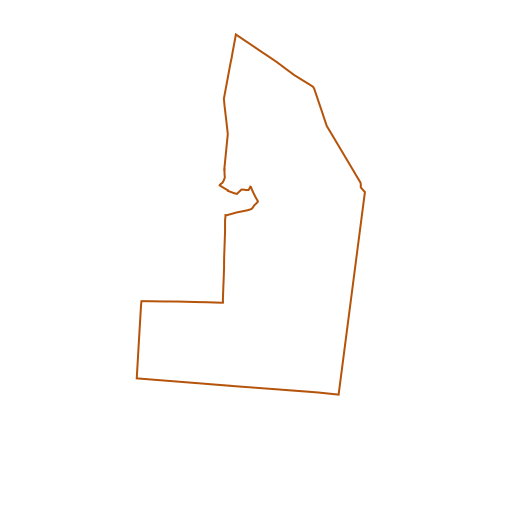 Abu Kamal, Dayr Az Zawr, Syria (Albers equal-area conic projection), rotated 307°
{"feature_id": "27442178B22276011833046", "entity_name": "Abu Kamal", "entity_type": "district", "adm_level": 2, "iso_a3": "SYR", "parent_name": "Syria", "parent_adm1": "Dayr Az Zawr", "projection": "albers", "projection_center": [40.768, 34.588], "detail": "fine", "context": "isolated", "style": "outline", "palette": "amber", "viewbox_px": 512, "rotation_deg": 307, "n_neighbors": 0, "source": "geoboundaries", "source_scale": "gbopen_adm2", "svg_char_len": 1881}
<svg xmlns="http://www.w3.org/2000/svg" viewBox="0 0 512 512"><g transform="rotate(307 256 256)"><path d="M195.0,405.4L369.1,306.5L370.2,305.9L372.6,304.5L373.7,298.9L373.8,298.7L374.0,298.4L374.2,298.0L374.9,297.6L376.1,296.8L376.4,296.4L377.5,295.3L380.8,287.1L381.2,286.2L381.7,285.0L395.4,251.5L397.5,246.4L398.4,244.2L398.6,243.7L402.4,234.3L408.7,225.1L412.1,220.2L412.4,219.7L424.7,201.7L425.1,200.7L425.5,199.5L425.0,193.7L424.4,187.6L424.0,183.1L423.5,177.9L423.4,166.6L423.4,159.4L423.4,155.6L423.2,152.6L423.2,151.4L422.4,137.7L421.6,121.6L421.2,115.2L421.2,114.5L421.1,112.3L421.1,111.9L421.0,110.7L420.8,106.6L413.9,110.1L405.2,114.4L400.7,116.7L400.4,116.9L400.1,117.0L399.6,117.3L399.4,117.4L396.5,118.7L390.4,121.7L368.9,132.4L362.1,135.8L361.2,136.7L357.1,140.4L345.2,151.8L336.4,160.1L308.8,176.9L306.0,178.6L306.2,178.8L305.1,179.5L302.0,182.0L300.0,183.8L299.8,183.9L299.2,184.1L298.6,184.3L297.6,184.6L296.7,184.8L294.3,185.1L293.2,184.8L292.5,184.6L292.2,184.5L291.0,184.3L290.5,184.5L291.5,194.1L291.1,194.3L291.9,197.1L293.0,200.6L293.3,201.4L294.0,203.1L294.1,203.4L295.5,203.6L296.8,203.8L299.0,204.2L300.3,204.4L301.1,205.5L301.6,206.2L302.7,208.4L304.2,210.3L306.0,210.2L306.3,210.1L307.4,209.9L307.9,209.8L307.9,210.2L308.0,210.6L307.7,211.0L307.1,211.9L306.5,212.9L304.2,217.2L302.5,220.7L300.9,224.5L300.7,224.5L300.3,224.8L298.8,224.7L297.0,224.4L295.3,224.1L292.9,224.3L292.2,224.3L290.6,224.0L287.2,221.5L281.9,216.8L279.1,214.3L271.1,208.2L270.3,207.0L269.4,207.7L265.9,209.8L256.7,216.7L235.3,231.7L229.2,236.2L228.7,236.6L228.2,237.0L217.2,244.7L212.4,248.0L201.4,255.7L198.9,257.7L197.8,256.4L188.6,243.3L185.2,238.7L178.3,229.0L172.4,220.7L164.1,209.6L154.0,195.7L151.7,192.7L150.9,191.7L148.9,193.0L148.3,193.3L128.1,206.7L105.4,221.8L86.5,234.4L139.2,317.3L184.3,387.6L195.0,405.4Z" fill="none" stroke="#b45309" stroke-width="2"/></g></svg>